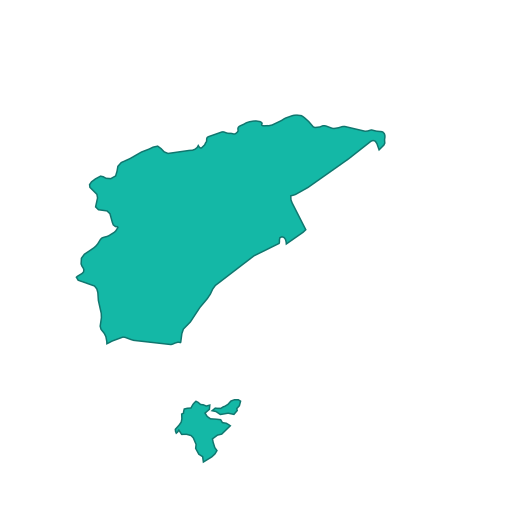 map outline of Kedah (Natural Earth projection), rotated 239°
{"feature_id": "MYS-1140", "entity_name": "Kedah", "entity_type": "State", "adm_level": 1, "iso_a3": "MYS", "parent_name": "Malaysia", "parent_adm1": "", "projection": "natural_earth1", "projection_center": [100.502, 5.804], "detail": "fine", "context": "isolated", "style": "filled", "palette": "teal", "viewbox_px": 512, "rotation_deg": 239, "n_neighbors": 0, "source": "natural_earth", "source_scale": "10m", "svg_char_len": 3583}
<svg xmlns="http://www.w3.org/2000/svg" viewBox="0 0 512 512"><g transform="rotate(239 256 256)"><path d="M257.6,83.0L259.6,84.1L264.2,85.8L267.7,86.1L273.0,85.4L276.1,86.3L282.7,91.7L286.5,93.8L299.1,98.0L306.1,101.6L309.8,102.6L313.5,102.1L326.8,91.1L330.3,91.1L330.6,92.5L330.6,97.9L331.1,99.9L332.9,101.4L334.8,101.7L336.9,101.6L339.3,102.0L344.0,105.2L345.9,109.8L346.5,121.2L347.0,123.9L347.9,126.6L350.4,131.4L350.8,133.4L350.3,135.6L349.7,137.6L349.6,137.8L349.2,140.0L349.3,146.9L349.8,148.9L351.6,152.4L352.5,152.3L353.6,150.7L356.2,149.7L358.9,150.2L367.5,152.6L371.4,151.5L376.8,144.8L380.7,143.8L387.4,150.1L390.8,151.4L400.3,149.0L402.9,150.1L404.3,153.2L404.8,158.1L404.5,163.9L402.6,165.9L399.9,167.4L397.1,171.4L396.9,176.9L400.2,180.5L404.0,183.8L405.5,188.6L404.4,197.9L404.1,211.5L402.7,219.4L402.3,223.9L400.8,228.3L397.0,229.9L392.6,230.9L389.2,233.4L380.8,253.3L379.4,255.9L378.9,258.7L379.3,261.5L380.4,263.4L379.1,263.4L378.3,263.5L377.5,263.8L377.0,264.3L376.7,265.0L377.6,269.0L377.9,269.6L378.8,270.8L379.4,272.2L379.9,272.8L381.7,274.0L382.2,274.5L382.6,275.0L382.8,275.6L382.7,277.0L379.9,290.6L379.5,291.5L378.8,292.4L376.3,294.4L375.3,295.6L373.8,298.0L372.0,299.8L371.6,300.5L371.4,301.6L371.7,303.5L372.1,304.6L372.7,305.2L373.3,305.6L374.0,305.8L374.6,306.2L375.1,306.7L375.5,307.4L375.7,308.3L375.7,309.5L375.2,313.7L375.2,315.7L375.1,316.6L374.4,319.6L373.0,323.2L371.8,325.5L369.1,328.7L367.8,329.4L366.7,329.6L365.8,328.6L365.2,328.3L364.4,328.7L363.5,329.8L362.0,332.6L361.1,334.0L360.0,337.2L359.1,346.4L359.0,348.4L359.1,350.4L359.0,352.4L357.6,359.3L357.1,360.9L356.4,362.3L355.7,363.6L353.0,367.1L351.6,367.9L349.4,368.8L344.2,370.4L337.1,371.6L335.7,372.8L333.7,377.2L333.3,379.9L333.1,380.6L332.4,381.8L331.3,383.0L326.3,387.0L325.6,387.8L324.9,389.0L323.4,392.8L322.5,396.5L322.3,397.0L322.1,397.4L321.3,398.8L306.7,413.8L305.7,415.9L304.8,419.3L304.5,420.0L304.0,420.5L301.0,423.5L298.0,427.6L297.5,428.1L296.8,428.6L295.9,428.8L294.7,429.0L293.1,428.6L291.6,427.8L289.5,426.1L287.2,424.9L286.5,424.6L285.2,422.7L283.6,416.2L290.0,417.5L292.5,417.4L293.2,417.2L293.8,416.8L294.4,416.2L294.9,415.2L295.1,414.2L295.1,413.2L291.6,385.3L288.0,336.1L288.4,321.7L288.8,319.7L289.7,316.8L286.2,314.9L282.9,314.3L252.9,312.2L252.1,308.6L250.7,288.2L252.6,289.1L255.0,289.8L257.3,289.6L259.1,288.2L259.4,285.9L257.8,284.4L255.9,283.3L254.9,282.3L257.2,254.3L251.7,206.0L250.0,201.9L246.9,197.3L244.5,192.2L240.8,181.4L233.3,165.8L230.8,156.2L227.7,152.5L220.9,147.1L220.7,146.7L222.3,144.8L223.1,141.7L223.4,139.3L223.7,138.2L223.9,137.5L246.7,107.7L248.8,105.8L253.7,101.9L254.5,100.9L255.1,100.0L257.1,89.4L257.3,87.5L257.3,86.5L257.6,83.0ZM159.2,121.9L161.3,125.6L162.0,127.8L162.4,129.7L160.3,131.0L157.3,132.0L155.6,134.2L153.0,136.1L152.0,139.6L148.6,137.1L147.6,131.4L143.6,131.5L139.9,133.1L136.7,137.7L133.9,141.4L130.5,141.4L127.9,144.4L125.3,145.8L123.7,146.5L121.0,134.9L122.3,130.7L121.7,124.5L118.4,123.3L113.0,122.0L109.3,122.3L107.5,118.9L106.6,114.7L106.5,104.8L111.5,106.9L115.5,104.9L122.2,105.2L125.3,107.6L132.4,108.6L135.5,107.9L138.9,104.7L141.4,100.4L143.4,100.3L146.5,100.2L145.5,98.2L145.2,96.4L147.1,96.7L149.0,97.6L150.6,102.9L152.1,106.3L154.6,108.6L158.8,110.9L158.6,112.9L160.0,113.9L161.8,115.7L160.9,118.6L159.2,121.9ZM135.6,151.2L138.5,143.8L143.3,141.6L146.0,138.7L146.6,142.7L145.1,144.7L143.5,147.4L143.6,150.3L143.2,151.9L143.3,155.7L144.6,159.8L143.9,163.4L141.9,166.8L139.5,168.0L136.2,164.6L135.1,160.9L133.2,160.3L131.6,155.5L135.6,151.2Z" fill="#14b8a6" stroke="#0f766e" stroke-width="1.5"/></g></svg>